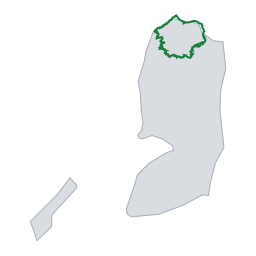 Jenin, West Bank, Palestine (highlighted)
{"feature_id": "87354302B37411468451868", "entity_name": "Jenin", "entity_type": "district", "adm_level": 2, "iso_a3": "PSE", "parent_name": "Palestine", "parent_adm1": "West Bank", "projection": "mercator", "projection_center": [35.215, 32.426], "detail": "fine", "context": "in_parent", "style": "outline", "palette": "green", "viewbox_px": 256, "rotation_deg": 0, "n_neighbors": 0, "source": "geoboundaries", "source_scale": "gbopen_adm2", "svg_char_len": 5649}
<svg xmlns="http://www.w3.org/2000/svg" viewBox="0 0 256 256"><path d="M222.9,41.8L225.8,68.3L220.5,91.0L220.0,110.9L223.9,147.6L215.4,163.2L210.6,181.6L208.5,195.5L202.5,194.9L183.7,204.9L158.8,214.3L131.2,216.8L127.3,214.0L126.2,209.2L134.3,185.9L137.4,174.9L149.3,163.1L166.2,152.8L173.4,150.2L172.5,145.8L162.5,139.0L151.9,135.5L141.9,139.0L138.8,137.9L137.8,134.9L141.3,130.7L142.9,122.9L141.3,109.7L140.3,93.7L138.1,81.3L144.3,61.1L145.9,51.4L153.6,30.8L171.9,18.4L187.6,22.0L195.9,22.9L199.4,25.3L201.7,32.5L213.3,40.8L222.9,41.8ZM70.0,177.8L76.6,185.1L76.8,187.7L51.9,214.9L51.6,226.6L36.9,240.6L32.3,226.7L30.2,221.6L57.1,194.7L70.0,177.8Z" fill="#d9dde1" stroke="#a8b0b8" stroke-width="1"/><path d="M165.9,53.7L165.9,53.8L166.2,53.6L166.3,53.6L166.4,53.8L166.2,53.9L166.4,54.1L167.2,54.5L167.4,54.4L167.7,54.9L167.8,54.5L167.9,54.4L168.0,54.4L168.0,54.7L168.2,55.0L168.3,55.2L168.5,55.5L168.5,55.4L168.7,55.5L168.8,55.7L169.1,55.7L169.1,55.9L169.9,56.4L170.1,56.4L170.6,56.5L170.9,56.2L171.0,56.0L171.5,55.7L171.9,55.5L172.0,55.5L171.9,55.5L171.9,55.4L172.2,55.3L172.2,55.1L172.4,55.1L172.6,55.2L173.3,55.1L173.5,55.3L173.8,55.1L174.0,55.7L174.3,55.5L174.5,55.6L174.5,55.4L174.7,55.6L175.0,55.5L175.2,55.8L175.5,55.8L175.6,55.7L175.8,55.9L175.9,56.1L176.0,56.1L175.9,56.3L176.1,56.5L176.4,56.4L176.4,56.6L176.5,56.7L176.4,57.0L176.5,57.2L176.7,56.8L176.6,56.2L176.8,56.2L177.2,56.6L177.3,57.0L177.4,56.6L177.6,56.8L178.0,56.4L178.2,56.5L178.7,56.6L178.9,56.7L179.1,56.7L179.3,56.6L180.0,57.5L180.2,57.4L180.3,57.2L181.0,57.6L181.6,57.3L181.9,57.5L182.6,57.5L183.1,57.2L183.0,56.8L183.2,56.6L183.2,56.8L183.4,56.8L183.4,56.7L183.7,56.6L184.1,56.3L183.9,56.1L184.0,55.8L184.3,55.9L184.4,55.7L184.3,55.2L184.2,55.0L185.0,55.1L185.4,55.4L185.6,55.4L185.6,55.6L186.0,55.6L186.1,55.8L186.3,55.9L186.4,56.3L186.7,56.5L186.9,56.6L187.1,56.6L187.6,56.8L187.9,57.2L188.3,57.2L188.5,57.4L188.9,57.5L189.2,57.7L189.5,57.8L190.5,57.7L190.9,57.3L191.1,55.8L191.0,55.4L191.7,55.8L192.2,54.9L192.6,54.4L192.2,54.2L192.5,53.9L192.2,53.9L191.9,53.5L191.5,53.4L191.1,52.5L190.6,51.9L190.7,51.7L191.4,51.8L191.4,51.4L191.5,51.4L190.8,51.1L191.1,50.8L191.5,50.7L192.3,50.7L192.1,50.5L192.2,50.0L192.1,49.5L192.0,49.4L192.5,49.2L192.0,48.8L192.3,47.4L192.8,47.3L192.9,47.1L193.5,46.6L194.2,46.5L195.2,46.7L195.8,46.3L195.9,45.9L195.6,45.6L196.8,45.6L196.5,45.0L197.0,45.0L196.9,45.1L197.1,45.1L196.9,44.8L196.9,44.6L197.9,44.1L197.8,45.0L198.2,45.2L198.4,45.7L198.6,45.6L198.7,45.8L198.5,46.0L198.4,45.9L198.1,45.9L198.2,46.1L198.2,46.4L198.4,46.3L198.8,46.7L199.6,46.0L199.9,46.0L200.4,45.2L200.5,44.9L200.5,43.6L200.2,43.3L200.2,43.1L200.7,42.9L201.0,43.2L201.3,43.2L201.6,43.1L202.1,43.5L202.6,44.2L202.8,44.0L202.6,43.9L202.8,43.6L202.8,42.9L202.5,42.2L202.9,42.1L204.0,42.4L204.1,42.6L204.0,43.0L204.4,42.2L205.4,40.8L205.3,40.3L205.1,39.9L204.8,39.2L205.1,39.0L204.0,38.1L203.8,37.5L204.0,37.3L203.7,37.2L203.6,36.8L203.8,36.6L203.5,36.5L203.0,35.3L203.0,34.6L203.8,31.5L204.1,31.3L204.3,31.2L204.1,30.9L204.0,30.5L203.8,30.2L203.5,29.6L203.5,29.3L203.3,29.1L203.1,28.7L202.9,28.6L202.5,27.6L202.3,27.0L202.2,26.4L202.4,26.0L202.1,25.7L202.2,25.3L201.9,25.0L201.9,24.4L201.7,23.9L200.9,23.7L199.9,23.3L199.2,23.3L198.9,23.1L198.7,22.8L198.4,22.5L197.7,22.1L197.2,21.7L196.4,21.3L195.1,21.0L194.6,21.0L194.2,21.1L193.3,20.9L193.0,21.0L191.7,21.6L191.4,21.6L189.9,22.1L188.6,22.3L188.0,22.5L186.4,22.5L185.6,22.4L185.0,22.6L184.9,22.5L183.6,23.3L183.6,23.0L183.5,22.9L183.6,22.7L183.6,22.4L183.6,22.2L183.6,21.7L180.3,20.2L178.0,18.0L176.3,15.4L175.1,16.1L175.1,16.4L174.9,16.7L174.5,16.8L174.2,17.0L173.6,17.2L172.9,17.6L172.6,17.6L172.6,18.0L172.2,18.3L172.2,18.7L171.3,19.6L171.0,20.2L170.8,20.2L170.4,20.0L170.1,20.0L169.7,20.6L169.5,21.0L169.2,21.3L169.1,21.5L168.7,21.8L168.5,22.1L167.7,22.7L167.2,23.5L166.4,23.7L166.4,23.8L165.0,24.8L164.1,24.8L164.0,25.1L164.3,25.3L162.4,26.6L162.2,26.8L162.3,26.9L161.3,27.4L160.5,27.6L160.4,27.9L159.6,28.3L159.3,28.0L158.9,27.8L158.4,27.9L157.5,28.1L157.2,28.4L157.1,28.7L156.6,29.4L156.0,29.6L155.4,30.4L155.0,30.6L154.6,31.3L154.8,31.6L155.0,31.2L155.5,31.4L156.0,31.3L156.1,31.2L156.4,31.7L156.7,31.7L157.1,31.6L157.1,31.8L157.1,32.0L157.2,32.3L157.0,32.6L156.9,32.5L156.8,32.8L157.2,32.8L157.4,32.8L157.8,33.0L158.2,33.3L158.6,34.2L158.3,34.9L158.2,35.4L158.2,35.5L157.8,36.0L158.0,36.2L157.8,36.8L157.5,36.9L157.1,36.6L157.1,37.0L157.2,37.3L157.0,37.6L156.7,37.8L156.6,38.4L157.0,38.3L156.9,38.2L157.2,38.0L157.1,37.8L157.2,37.7L158.2,38.1L159.1,37.7L161.5,37.3L161.6,37.1L162.3,37.4L162.4,37.6L162.1,37.7L162.5,38.3L162.2,39.4L161.4,39.8L160.9,40.6L161.0,40.9L160.4,41.2L160.5,41.4L160.8,41.4L160.9,41.5L161.1,41.4L161.1,41.5L161.2,42.0L161.3,41.9L161.7,42.5L161.9,42.4L162.1,42.3L162.3,42.4L163.6,42.2L164.1,42.3L164.2,42.5L164.3,42.7L164.3,42.9L164.2,43.0L163.1,43.0L162.8,43.1L162.3,43.7L161.8,44.4L161.7,44.3L161.2,44.6L161.3,44.8L161.0,44.6L160.9,44.7L160.7,44.9L160.7,45.1L161.0,45.1L161.0,45.5L161.2,45.9L161.4,45.8L161.5,46.0L161.5,46.3L161.7,46.6L162.0,46.6L161.9,46.8L161.9,47.0L161.7,47.0L161.4,47.2L161.2,47.3L161.0,47.5L160.8,47.4L161.0,47.9L160.7,47.7L160.6,47.9L160.5,48.0L160.4,48.1L159.9,48.1L160.0,48.2L159.8,48.9L160.3,48.8L160.5,48.8L160.6,48.3L160.8,48.3L161.2,48.4L161.3,48.0L161.5,47.8L161.9,48.0L162.2,47.9L162.5,48.0L162.7,48.5L163.1,49.0L164.5,49.3L164.3,49.9L164.2,50.0L164.4,50.1L165.3,50.6L165.7,50.3L166.4,50.6L166.0,50.7L165.7,51.0L165.5,51.3L165.5,51.5L165.1,51.4L165.1,51.5L165.1,51.8L165.4,51.9L165.4,52.0L165.7,52.1L165.8,52.6L165.5,52.7L165.4,52.8L165.8,52.8L165.9,53.0L166.0,53.0L165.9,53.4L166.0,53.7L165.9,53.7Z" fill="none" stroke="#15803d" stroke-width="2"/></svg>